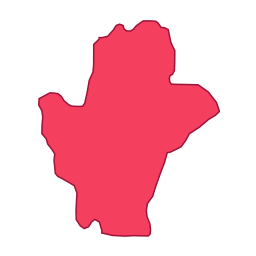 an SVG outline of Kočani, rotated 183°
{"feature_id": "MKD-2939", "entity_name": "Kočani", "entity_type": "Statistical Region", "adm_level": 1, "iso_a3": "MKD", "parent_name": "North Macedonia", "parent_adm1": "", "projection": "robinson", "projection_center": [22.392, 41.974], "detail": "fine", "context": "isolated", "style": "filled", "palette": "rose", "viewbox_px": 256, "rotation_deg": 183, "n_neighbors": 0, "source": "natural_earth", "source_scale": "10m", "svg_char_len": 1442}
<svg xmlns="http://www.w3.org/2000/svg" viewBox="0 0 256 256"><g transform="rotate(183 128 128)"><path d="M37.9,150.1L37.7,149.2L41.2,145.4L48.0,140.8L56.5,132.8L66.5,125.4L69.6,118.8L73.9,112.1L79.2,109.0L84.3,106.2L87.5,105.5L89.7,95.6L92.3,87.6L93.4,84.1L97.7,69.7L99.7,61.3L104.6,53.6L105.4,46.6L104.3,40.3L101.2,33.6L100.2,27.8L100.2,26.2L100.2,23.6L102.0,21.3L106.4,21.1L116.8,20.8L125.3,19.9L129.8,19.9L134.9,19.9L137.8,19.9L141.2,20.5L148.7,21.8L148.7,24.1L151.6,32.5L156.3,35.0L159.5,32.2L162.2,27.3L166.4,25.3L170.4,27.7L174.9,33.8L175.6,43.0L175.6,60.4L178.6,67.6L185.4,71.2L195.6,76.1L198.2,78.9L200.2,91.8L199.8,98.2L202.5,102.2L207.4,107.9L209.0,112.7L213.7,117.9L214.0,125.6L213.7,134.5L215.0,140.9L218.3,146.1L218.3,152.7L215.1,154.6L207.9,159.0L203.7,159.0L199.7,158.6L196.4,156.2L193.2,151.8L188.9,148.5L185.6,146.9L179.7,146.9L174.5,147.3L172.5,150.5L170.6,161.8L169.2,173.5L165.9,182.0L165.6,189.2L166.6,209.7L161.7,215.0L161.5,216.8L159.1,216.8L153.1,218.5L147.7,225.2L145.1,229.8L141.9,231.2L138.2,230.1L137.4,227.0L134.5,224.9L130.8,224.9L127.7,227.0L125.1,230.5L118.5,235.7L112.0,236.1L107.0,236.1L106.1,236.1L103.8,234.7L100.1,230.1L97.0,230.1L93.0,228.4L90.7,219.6L89.6,215.7L88.1,212.6L85.3,207.7L84.7,193.7L84.7,187.7L86.4,183.9L88.7,182.5L89.3,180.0L88.7,176.2L87.0,174.1L82.2,174.1L74.5,174.4L60.2,174.8L49.6,168.1L40.9,158.0L38.0,150.6L37.9,150.1Z" fill="#f43f5e" stroke="#9f1239" stroke-width="1.5"/></g></svg>